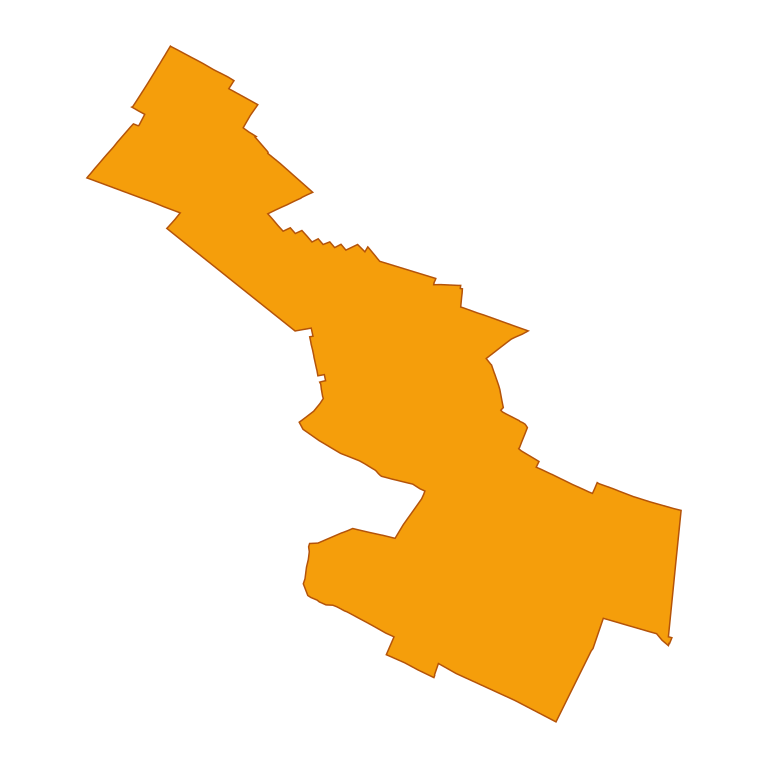 outline of Los Reyes de Juárez, Puebla, Mexico
{"feature_id": "50627088B78424416735733", "entity_name": "Los Reyes de Juárez", "entity_type": "district", "adm_level": 2, "iso_a3": "MEX", "parent_name": "Mexico", "parent_adm1": "Puebla", "projection": "mercator", "projection_center": [-97.83, 18.968], "detail": "fine", "context": "isolated", "style": "filled", "palette": "amber", "viewbox_px": 768, "rotation_deg": 0, "n_neighbors": 0, "source": "geoboundaries", "source_scale": "gbopen_adm2", "svg_char_len": 3996}
<svg xmlns="http://www.w3.org/2000/svg" viewBox="0 0 768 768"><path d="M556.0,721.9L569.9,693.8L591.2,650.9L593.0,648.5L603.3,618.3L649.4,631.7L650.9,632.1L656.6,633.7L662.1,640.3L668.4,645.6L668.5,645.3L668.9,643.4L669.5,643.6L671.9,637.7L668.4,636.8L676.1,559.7L681.1,510.4L673.8,508.6L649.8,501.8L634.4,496.9L634.1,496.9L618.2,490.8L617.6,490.5L612.5,488.5L612.2,488.4L599.0,483.7L597.2,482.6L594.5,489.0L592.9,492.5L592.4,493.4L589.2,492.1L583.0,489.2L572.5,484.5L562.2,479.4L561.9,479.3L551.8,474.3L551.6,474.3L548.8,473.0L541.7,469.6L536.2,467.2L539.0,461.5L521.3,450.9L518.7,448.7L519.0,448.2L519.5,447.6L521.8,441.6L521.9,441.4L524.7,434.5L526.0,431.2L527.4,427.6L525.2,424.3L523.1,422.9L522.8,422.7L519.9,421.4L519.3,420.7L514.8,418.4L506.0,413.9L502.4,411.9L500.8,410.2L503.3,407.6L501.9,400.6L499.8,389.4L498.6,385.3L496.9,380.3L496.8,380.1L494.6,373.7L494.4,373.4L491.5,364.9L491.1,364.6L490.8,364.3L486.4,358.8L486.2,358.5L499.2,348.4L501.0,347.0L506.7,342.6L510.5,339.7L511.5,339.0L515.4,337.1L522.2,334.2L528.2,330.9L512.7,325.4L501.9,321.5L483.8,315.0L477.0,312.8L463.5,307.9L460.7,307.0L461.7,296.6L462.1,293.3L462.4,288.8L460.3,288.5L460.3,288.1L460.4,287.4L460.7,285.4L457.9,285.4L440.9,284.6L434.4,284.7L433.7,284.7L434.1,282.5L435.4,279.7L435.8,278.5L379.7,261.3L377.2,258.3L376.1,256.9L368.1,247.2L367.8,246.9L364.9,251.8L364.7,251.6L357.8,244.7L357.6,244.5L345.9,250.1L341.0,244.3L340.8,244.4L334.7,247.6L329.8,241.9L323.1,244.5L318.2,238.8L312.0,242.0L306.9,236.0L301.9,230.5L295.3,233.5L290.3,227.8L283.1,231.2L277.9,225.5L273.2,219.9L270.3,216.6L267.8,213.8L274.9,210.3L281.8,207.1L287.7,204.5L288.0,204.3L294.3,201.2L300.4,198.4L300.6,198.4L301.9,197.4L307.0,194.9L312.7,192.3L280.2,163.5L267.8,153.4L268.1,152.5L267.6,151.6L255.0,137.0L256.2,136.5L248.7,131.9L243.9,128.4L243.2,127.8L243.4,127.4L250.3,115.4L257.8,104.7L251.9,101.4L228.8,88.7L229.5,87.6L229.7,87.3L230.9,85.5L232.7,82.6L234.0,80.7L228.2,77.1L222.2,74.0L215.8,70.8L213.3,69.5L209.2,67.1L203.0,63.5L196.5,60.0L191.1,57.2L184.0,53.4L177.5,49.9L170.9,46.5L170.4,46.1L169.2,48.1L166.3,52.9L165.4,54.5L162.6,59.0L161.6,60.7L159.1,64.9L158.9,65.1L155.2,71.2L151.4,77.4L147.7,83.4L143.9,89.4L141.9,92.5L137.8,98.9L136.2,101.4L132.7,106.7L131.8,107.1L138.6,111.0L142.3,113.0L144.7,114.3L144.6,114.6L139.3,124.8L138.6,125.7L137.6,125.6L135.5,124.7L133.4,123.9L130.4,127.1L117.3,142.2L113.5,147.0L106.8,154.5L104.1,157.6L99.2,163.4L95.0,168.2L90.5,173.7L88.1,176.4L86.9,177.9L144.4,199.2L151.0,201.5L157.3,204.0L163.6,206.6L170.2,209.1L180.2,212.9L174.4,220.1L173.9,220.6L171.7,223.1L170.3,224.6L169.4,225.6L169.1,226.0L167.2,228.0L166.8,228.4L182.6,241.1L234.1,282.3L295.1,331.0L295.4,330.9L311.2,328.1L313.0,336.2L309.7,336.8L311.0,343.1L311.0,343.6L312.6,350.0L313.9,356.3L313.9,356.8L316.6,369.2L316.8,369.7L317.9,375.8L324.3,374.6L325.6,380.7L324.1,381.0L319.7,382.1L320.7,384.1L320.8,384.6L321.4,389.7L321.5,390.0L322.6,396.3L323.3,398.4L322.9,399.1L320.0,403.5L313.7,411.2L313.2,411.6L302.1,420.1L300.3,421.4L299.2,422.2L303.0,429.3L319.1,440.6L340.6,453.4L359.4,460.8L363.9,463.3L372.9,468.8L374.5,469.7L375.6,470.5L376.4,471.3L378.2,473.4L379.4,474.6L380.5,475.6L381.5,476.3L388.0,478.0L392.0,479.1L397.1,480.3L402.7,481.7L408.0,483.0L412.7,484.1L420.0,488.8L424.9,491.0L423.7,494.3L421.6,498.9L418.0,504.0L413.6,510.2L407.8,518.3L404.0,523.7L403.8,523.9L402.9,525.3L395.1,538.3L393.3,537.9L386.8,536.3L382.8,535.3L381.1,535.0L378.9,534.5L368.8,532.3L366.7,531.8L357.7,529.7L352.7,528.5L347.6,530.7L343.7,532.2L342.0,532.8L341.6,532.9L317.9,543.1L309.6,543.5L308.6,546.8L309.3,551.7L308.3,559.6L306.5,567.1L305.5,574.9L305.0,578.8L303.3,583.8L307.8,595.5L310.9,597.5L317.1,600.1L319.3,601.9L326.0,604.9L332.8,605.2L336.9,606.8L344.5,610.9L346.9,611.8L372.4,625.5L372.9,625.8L385.8,633.1L392.0,635.9L394.0,636.9L386.3,654.7L404.7,662.8L418.1,670.0L433.9,677.6L434.7,675.5L434.6,674.6L438.4,663.5L445.0,667.2L456.1,673.5L514.8,700.4L556.0,721.9Z" fill="#f59e0b" stroke="#b45309" stroke-width="1.5"/></svg>